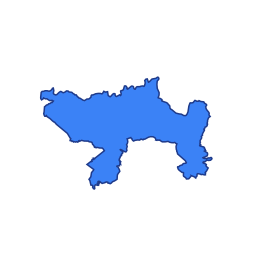 outline of Tlacuilotepec, Puebla, Mexico, rotated 220°
{"feature_id": "50627088B24502383873446", "entity_name": "Tlacuilotepec", "entity_type": "district", "adm_level": 2, "iso_a3": "MEX", "parent_name": "Mexico", "parent_adm1": "Puebla", "projection": "orthographic", "projection_center": [-98.017, 20.381], "detail": "fine", "context": "isolated", "style": "filled", "palette": "blue", "viewbox_px": 256, "rotation_deg": 220, "n_neighbors": 0, "source": "geoboundaries", "source_scale": "gbopen_adm2", "svg_char_len": 5838}
<svg xmlns="http://www.w3.org/2000/svg" viewBox="0 0 256 256"><g transform="rotate(220 128 128)"><path d="M105.9,73.8L105.4,75.0L105.3,76.9L104.3,78.8L103.4,81.7L106.0,85.3L106.3,87.1L106.4,89.5L107.7,90.4L110.2,91.6L111.6,91.5L112.3,91.1L111.1,93.0L110.2,93.6L111.4,95.7L110.7,95.7L111.5,96.3L111.9,97.5L112.4,97.3L112.5,96.8L113.2,97.3L113.3,97.8L114.0,97.6L114.3,97.8L114.3,98.3L114.8,98.9L115.0,100.1L115.3,100.7L115.6,101.9L115.3,102.7L115.6,102.8L116.2,103.7L115.8,104.8L116.2,105.0L116.2,105.9L117.7,106.5L119.1,106.2L120.0,106.4L120.0,106.6L119.3,107.0L115.6,107.7L114.5,108.1L114.2,108.5L114.4,110.1L115.9,111.3L116.7,113.3L117.7,114.0L118.3,114.2L118.6,115.8L119.3,117.3L120.8,118.6L121.7,119.1L119.7,122.5L118.8,122.1L118.1,122.3L117.5,121.8L116.2,121.5L115.2,121.7L115.0,122.6L113.1,124.9L111.2,126.3L111.2,127.3L110.9,127.9L108.9,128.6L109.0,129.3L107.9,130.3L106.4,134.1L105.1,135.9L103.0,137.5L100.6,137.8L99.2,137.1L99.1,136.6L98.5,136.8L97.8,137.2L97.6,137.9L96.3,138.6L95.9,139.2L95.0,139.1L92.9,139.4L90.5,141.4L88.7,143.5L86.9,143.9L85.3,144.7L83.7,145.9L82.9,147.0L81.2,147.0L80.4,147.3L79.4,144.9L78.9,144.3L77.2,142.6L76.5,142.3L75.7,141.5L74.8,141.1L73.3,140.0L63.1,139.8L61.0,138.9L61.1,138.1L62.5,136.7L62.9,135.5L62.7,134.7L64.0,132.6L64.2,131.1L65.0,130.2L64.9,129.9L63.2,128.8L61.6,128.5L58.0,128.7L57.3,129.3L56.7,129.4L55.2,127.4L54.4,126.8L51.7,127.0L50.5,126.5L49.2,127.7L48.8,128.2L48.7,132.1L48.9,132.2L45.2,133.4L44.5,133.1L44.0,133.2L44.3,133.7L44.2,135.1L44.6,136.0L45.4,137.0L45.2,137.9L42.9,139.2L42.0,139.3L41.2,140.3L39.3,141.2L38.6,141.9L39.6,142.9L39.6,143.4L40.3,143.6L40.2,145.7L40.9,148.9L43.3,148.9L44.4,149.6L44.4,150.3L44.6,150.4L45.7,150.3L47.3,149.7L48.2,149.6L48.5,150.1L48.1,151.2L47.6,151.3L47.1,152.1L47.1,154.0L45.4,154.9L44.1,156.3L43.8,157.7L44.0,158.5L44.8,158.9L45.5,158.8L46.1,157.6L47.4,156.6L47.7,155.7L48.4,155.0L49.5,154.0L51.1,153.3L51.5,153.4L51.1,154.3L50.6,154.6L50.4,155.6L49.4,157.6L50.0,158.9L50.9,159.8L51.5,160.0L54.6,159.5L54.2,160.7L54.5,160.7L55.3,161.4L55.9,161.2L56.6,161.6L56.7,162.0L57.7,162.2L61.3,160.5L61.9,160.7L62.0,161.0L61.8,161.3L61.1,161.1L61.3,161.8L61.9,162.1L62.5,162.0L63.2,162.6L63.4,163.7L63.9,163.8L64.7,164.8L65.1,167.4L65.5,168.1L66.4,168.6L66.3,170.4L66.9,170.8L67.3,171.9L68.0,175.4L68.5,175.9L68.9,175.7L69.2,176.2L69.0,176.9L69.5,178.4L69.1,178.8L68.8,179.8L69.0,180.9L69.5,181.5L69.5,181.9L70.1,182.0L70.2,182.7L70.9,183.2L71.2,184.1L71.9,184.9L72.8,187.3L72.8,188.5L72.4,189.6L74.1,190.0L74.8,190.6L75.1,191.3L76.0,191.9L79.5,192.6L80.9,193.2L82.3,194.4L82.3,195.8L83.0,196.5L85.5,196.2L86.4,196.7L87.0,196.6L89.3,195.1L91.2,194.6L91.2,193.9L92.6,192.6L93.8,192.5L94.5,192.1L94.5,189.2L95.6,187.9L96.5,187.3L96.5,186.7L95.4,183.8L92.4,178.9L91.7,176.6L91.6,175.4L91.8,174.6L93.2,173.4L96.0,172.9L97.8,171.7L100.9,170.2L106.4,170.2L107.5,169.9L108.7,170.3L109.8,171.4L110.7,172.0L112.0,171.9L113.6,172.4L115.5,172.0L116.3,171.6L119.4,170.5L119.7,170.6L119.8,171.2L120.3,171.6L122.1,171.4L124.2,170.5L124.6,170.8L124.8,171.8L125.4,173.2L126.9,175.1L131.0,177.1L133.9,180.0L135.7,182.6L135.8,183.2L135.7,184.9L136.0,185.6L136.7,186.1L137.8,186.2L138.2,185.5L138.5,184.1L141.1,180.9L141.4,177.2L141.7,176.3L141.9,176.3L144.8,178.0L145.7,176.9L145.7,175.1L144.4,174.2L143.5,173.1L142.8,171.6L142.5,170.4L142.7,170.0L143.6,169.8L145.0,168.3L145.3,167.5L147.6,165.5L147.9,164.3L147.4,162.4L147.7,162.1L148.4,162.0L149.1,162.2L150.3,163.1L151.1,163.1L151.9,162.7L152.3,162.2L153.2,157.6L154.1,157.4L154.7,158.4L156.4,158.8L156.8,158.8L157.7,157.9L156.2,154.4L156.6,152.9L157.3,152.2L157.4,151.6L157.0,151.1L155.3,149.9L154.6,148.8L154.7,148.0L155.7,148.1L156.7,145.5L157.1,144.7L157.6,144.5L159.0,144.9L159.8,145.8L160.1,145.8L160.9,145.4L161.4,144.3L161.6,140.8L161.8,140.4L164.0,140.1L167.0,142.7L168.0,141.4L168.6,140.9L170.1,140.6L169.7,137.9L170.1,137.3L171.4,136.7L173.0,135.4L174.8,133.4L176.0,131.0L177.1,129.8L176.9,128.8L176.2,127.8L176.5,125.7L176.8,124.9L178.1,123.8L178.9,121.1L180.4,120.4L183.8,120.0L184.9,119.4L185.6,119.7L186.9,119.4L188.3,120.0L188.9,120.1L190.0,119.2L191.1,119.4L192.0,119.1L194.0,119.2L196.3,117.7L197.7,117.8L199.0,116.8L199.3,115.2L200.1,113.6L200.8,113.2L202.5,113.0L203.2,112.6L203.7,110.9L204.0,107.8L204.7,106.8L206.5,106.3L207.6,106.7L208.9,109.0L210.9,110.6L211.4,109.9L211.1,108.6L211.3,107.0L212.0,105.5L214.0,104.5L215.5,103.2L216.1,102.0L217.3,100.8L217.4,99.5L214.7,95.5L213.7,94.4L212.3,94.0L211.8,95.5L211.7,96.4L211.9,96.7L209.9,97.3L209.0,98.2L205.7,98.6L203.9,100.4L202.5,100.7L202.5,98.8L203.0,98.7L203.3,98.2L203.2,97.4L203.3,96.9L204.3,95.6L204.4,94.3L205.2,93.2L205.4,91.2L205.6,90.6L202.5,86.2L201.8,84.8L200.2,83.8L199.3,83.5L198.4,84.3L198.5,85.0L197.1,84.7L193.8,85.1L190.4,84.9L188.5,85.0L188.0,85.3L185.3,84.8L171.0,84.9L165.8,83.1L165.1,83.1L164.4,81.2L164.1,81.1L163.2,81.9L162.3,81.7L161.9,82.4L160.7,82.3L160.6,82.8L159.0,83.6L158.6,84.5L157.5,84.8L157.2,85.5L157.6,86.4L157.3,87.0L156.5,86.8L155.6,88.7L153.1,89.9L149.9,92.5L149.0,92.4L147.3,93.5L146.3,93.8L144.6,92.7L144.0,92.8L142.6,92.3L141.3,92.3L141.3,91.8L141.0,91.8L139.6,92.5L139.4,93.1L138.5,93.7L137.1,94.3L134.8,96.1L134.0,96.1L131.9,95.5L131.5,95.4L133.9,83.6L133.8,83.4L135.0,82.8L135.2,82.5L134.4,82.6L133.9,82.0L135.2,80.4L134.8,79.6L134.1,79.3L134.4,78.7L134.9,78.7L136.0,73.7L127.6,74.2L127.3,73.4L127.3,70.4L125.1,66.7L124.9,63.6L123.4,63.2L119.7,60.4L118.7,61.1L118.1,61.2L117.6,61.0L117.2,60.0L115.5,59.3L114.6,59.6L114.5,60.2L116.1,61.8L116.5,63.1L116.3,63.7L114.2,64.7L113.9,65.0L113.8,65.6L115.4,65.7L116.0,65.9L115.9,66.2L114.8,66.4L114.6,66.7L114.5,67.6L114.9,67.7L116.2,67.5L116.5,67.6L116.5,68.0L116.1,68.5L115.2,68.9L112.2,68.9L111.8,69.6L111.0,70.5L110.6,71.7L110.1,71.9L110.0,72.7L108.6,73.5L107.9,72.9L106.8,73.7L105.9,73.8Z" fill="#3b82f6" stroke="#1e3a8a" stroke-width="1.5"/></g></svg>